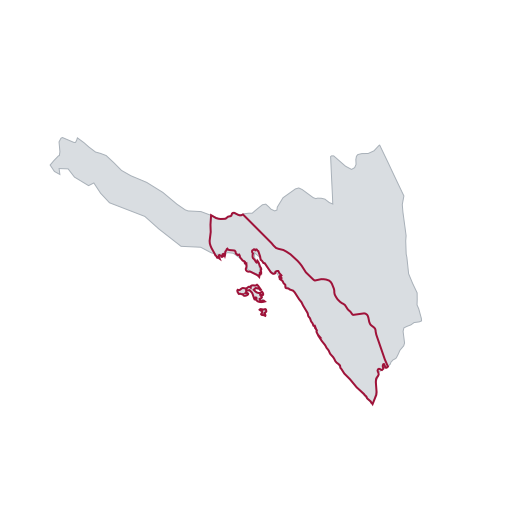 location of Semenawi Keyih Bahri within Eritrea, rotated 159°
{"feature_id": "ERI-1562", "entity_name": "Semenawi Keyih Bahri", "entity_type": "Region", "adm_level": 1, "iso_a3": "ERI", "parent_name": "Eritrea", "parent_adm1": "", "projection": "equal_earth", "projection_center": [39.644, 16.17], "detail": "fine", "context": "in_parent", "style": "outline", "palette": "rose", "viewbox_px": 512, "rotation_deg": 159, "n_neighbors": 0, "source": "natural_earth", "source_scale": "10m", "svg_char_len": 8471}
<svg xmlns="http://www.w3.org/2000/svg" viewBox="0 0 512 512"><g transform="rotate(159 256 256)"><path d="M100.8,315.2L99.3,296.8L98.4,284.5L97.4,271.4L96.4,259.1L101.0,251.6L103.1,244.4L108.6,221.1L110.8,216.5L115.1,204.0L115.7,200.4L119.9,184.7L119.6,174.3L118.8,163.8L121.1,157.6L123.2,152.6L123.0,148.4L124.0,138.6L124.7,136.1L127.2,136.0L132.3,137.2L136.0,136.2L140.4,136.2L143.7,135.9L145.7,132.9L148.5,121.5L150.3,119.2L151.6,118.5L155.4,116.4L158.7,113.1L161.4,110.7L162.4,110.2L165.2,109.9L168.1,108.5L169.4,106.9L172.9,105.6L176.4,106.4L178.8,105.0L180.3,104.1L182.1,104.0L183.7,102.7L184.4,100.6L185.5,99.3L188.2,96.4L189.4,94.2L190.0,92.1L190.6,90.4L191.8,87.5L196.5,80.2L200.6,76.0L214.9,112.7L220.6,134.4L225.7,157.1L229.5,191.3L233.1,208.7L239.0,217.3L243.0,233.5L246.4,234.1L248.9,238.6L253.2,253.9L256.2,259.6L257.9,254.7L257.7,251.9L256.5,247.2L257.6,241.1L260.0,237.5L265.4,242.4L268.4,246.2L269.2,253.7L270.5,257.9L276.2,266.7L281.0,269.2L287.2,269.9L292.5,271.8L296.7,275.1L304.5,284.0L322.5,291.9L337.0,316.0L345.6,332.8L373.7,358.2L378.6,370.3L381.2,382.3L387.1,381.7L397.2,394.7L400.2,404.7L408.5,408.2L409.9,402.4L413.9,407.2L415.6,414.7L410.3,417.6L404.5,420.3L403.6,420.2L401.7,423.6L399.0,433.1L395.9,435.8L394.3,436.0L385.2,427.2L383.8,426.7L381.8,428.5L380.4,430.3L376.1,423.6L373.0,417.7L368.6,410.6L364.4,407.5L359.9,403.5L355.4,394.3L350.9,384.1L344.1,375.8L331.6,363.8L320.1,348.6L311.3,332.8L305.6,324.5L303.2,322.4L291.5,317.2L283.3,310.0L277.0,304.0L273.2,302.4L269.4,302.2L261.5,303.4L254.9,299.7L252.1,299.7L247.6,298.6L244.2,297.3L240.1,298.8L231.7,301.5L228.3,300.9L226.4,297.2L225.3,294.4L222.4,291.4L220.0,291.4L218.6,294.0L209.9,300.7L195.2,304.5L191.7,304.2L189.1,301.5L181.7,290.0L179.6,288.1L178.0,288.0L174.5,286.6L171.3,284.4L168.5,279.7L165.7,277.0L162.6,286.2L157.3,302.3L154.4,311.0L150.7,322.1L149.5,322.4L147.6,321.6L140.3,307.8L135.8,302.6L132.3,303.1L129.8,305.6L128.2,310.3L126.5,313.1L124.6,314.2L120.6,313.7L114.5,311.5L108.2,311.9L101.6,315.1L100.8,315.2ZM273.1,223.0L275.1,226.5L276.5,226.1L277.6,225.0L278.3,222.6L285.8,227.3L285.4,230.5L280.9,230.6L275.7,229.3L271.0,229.8L265.3,228.4L263.9,223.0L267.6,225.6L269.4,225.0L269.8,224.3L267.2,220.7L263.6,220.0L263.8,217.1L265.4,216.0L266.4,214.6L264.4,210.7L268.4,211.6L271.0,214.0L272.7,216.7L273.1,223.0ZM270.0,198.4L271.6,204.5L267.0,202.2L266.2,200.9L268.3,198.5L268.7,197.0L270.0,198.4Z" fill="#d9dde1" stroke="#a8b0b8" stroke-width="1"/><path d="M181.6,106.6L182.8,106.4L183.6,105.4L183.7,104.1L183.6,102.8L183.9,101.5L184.7,100.6L187.0,99.1L188.0,98.1L189.3,95.4L192.2,85.7L193.5,83.2L200.2,76.0L200.3,76.6L200.8,77.3L201.1,79.3L203.1,82.9L203.3,83.6L203.3,84.9L203.5,85.6L204.3,87.1L204.4,87.5L204.7,88.6L209.1,97.3L212.4,107.2L215.7,114.6L216.8,120.0L217.3,121.3L216.8,123.7L217.7,125.7L218.9,127.4L219.6,129.3L219.8,131.8L220.2,133.9L221.7,137.7L221.9,138.9L222.0,141.5L222.3,142.8L223.0,144.7L223.3,147.2L223.5,148.3L225.0,152.9L226.1,157.9L225.4,157.5L226.4,160.3L226.6,161.7L226.7,163.6L225.8,164.8L226.6,167.7L226.4,169.3L226.1,168.9L226.1,169.9L226.6,170.1L227.1,170.1L227.4,170.4L227.3,172.6L227.4,173.2L227.9,174.8L228.0,175.6L227.9,178.1L228.0,178.9L228.2,179.5L228.6,180.5L228.7,181.3L228.6,182.1L228.3,183.7L228.3,184.6L229.8,192.9L230.0,195.7L230.1,196.7L231.2,199.9L232.9,208.2L233.8,210.4L236.6,212.7L237.1,213.7L237.5,214.1L239.2,215.1L239.7,215.6L239.7,216.5L239.5,217.2L239.2,217.8L239.0,218.5L239.2,219.2L239.8,220.2L240.0,220.7L240.1,222.4L240.3,223.4L241.6,225.3L240.8,225.4L240.2,226.0L240.0,226.9L240.3,227.9L240.5,227.4L241.0,226.7L241.5,226.5L241.9,227.0L241.8,228.2L240.9,228.8L239.9,229.0L239.3,229.0L239.5,229.6L240.3,231.4L240.5,233.5L240.6,234.0L241.3,234.3L242.4,234.5L243.5,234.3L243.9,233.8L244.3,233.0L245.1,232.9L246.1,233.1L246.8,233.6L248.0,235.6L250.4,246.1L250.6,246.3L251.5,246.7L251.7,247.0L251.8,248.1L252.1,249.1L252.5,250.1L253.0,250.7L252.3,254.2L252.1,259.7L252.2,259.9L252.6,260.3L252.8,260.6L252.9,261.6L253.4,262.1L254.0,262.1L254.7,261.7L255.1,262.8L255.7,263.0L256.4,262.7L257.5,262.5L257.8,262.2L258.1,261.5L258.2,260.7L258.1,260.1L257.9,259.5L258.1,259.1L258.6,258.6L259.5,256.5L259.6,255.2L258.7,253.1L258.2,250.5L257.8,249.6L257.1,249.6L256.8,250.6L256.4,251.1L256.0,249.8L255.9,248.5L256.0,245.2L256.0,244.5L255.7,243.3L255.7,242.6L255.8,241.8L256.0,241.6L256.4,241.4L256.6,241.0L257.0,238.9L257.3,238.2L257.9,238.9L258.3,238.9L258.3,238.3L258.6,237.1L258.9,237.1L258.9,237.9L259.4,237.4L260.1,236.0L260.5,235.3L261.2,237.0L262.2,238.3L266.7,243.2L267.4,243.7L268.5,244.0L268.9,244.2L269.3,244.5L269.9,245.1L270.2,245.8L270.4,246.4L270.3,247.2L270.0,247.9L269.1,248.8L268.7,249.4L268.4,250.0L267.7,252.4L268.2,252.3L268.6,252.5L268.9,252.9L269.0,253.5L268.9,253.7L268.4,254.0L268.4,254.5L268.7,254.7L268.9,255.4L270.1,256.5L270.3,257.0L270.5,257.9L271.1,259.5L271.3,260.3L271.3,261.1L271.1,261.9L271.1,262.7L271.3,263.4L271.9,263.2L272.5,263.3L273.1,263.8L273.3,264.5L273.4,265.0L273.8,265.2L273.9,265.6L273.9,266.2L273.6,267.1L273.6,267.6L274.0,268.7L275.2,269.4L278.7,271.1L279.4,271.6L279.8,271.9L280.1,273.1L280.8,272.9L281.9,271.7L283.0,271.2L283.7,269.9L284.3,268.4L285.0,267.4L285.0,268.4L285.1,269.3L285.6,269.7L286.3,269.6L286.6,269.0L286.5,268.3L286.6,267.6L287.4,267.4L288.1,267.3L288.6,267.8L288.4,268.4L288.5,268.9L289.4,269.3L289.8,270.0L290.2,270.0L290.5,269.8L290.8,269.5L291.2,268.7L291.0,268.2L290.9,267.7L290.9,266.5L291.1,266.8L291.4,267.5L291.5,267.8L292.8,268.2L293.0,268.8L292.9,269.9L293.2,270.4L293.5,270.7L293.7,271.1L293.8,273.1L294.7,279.3L294.8,281.9L294.6,284.3L293.9,286.7L289.7,294.6L287.3,301.5L283.3,310.2L279.7,305.7L277.8,304.3L275.7,303.2L271.5,301.8L270.6,301.8L268.3,302.7L267.6,302.7L265.5,302.3L264.6,302.5L263.2,304.2L262.2,304.5L261.3,304.3L260.6,303.9L258.1,301.0L256.8,299.9L255.4,299.3L253.9,299.4L253.3,299.5L236.9,262.5L235.9,259.5L234.4,256.3L232.4,254.6L228.3,251.8L226.0,249.1L223.2,245.2L218.9,236.5L217.8,233.6L216.9,230.7L215.3,222.9L211.1,213.8L210.4,212.6L209.8,212.0L203.4,211.0L201.2,210.1L199.0,208.9L196.6,206.9L195.6,205.1L195.1,203.0L195.0,197.8L195.2,196.2L195.5,195.1L195.9,194.1L196.1,193.2L196.3,191.9L196.2,190.5L195.9,188.6L195.4,186.4L194.0,183.2L192.8,181.3L191.7,180.1L190.6,178.5L190.2,176.9L189.5,173.5L188.9,172.1L187.9,170.3L187.5,169.0L187.2,167.7L186.9,166.8L186.4,166.2L175.6,163.7L174.4,162.9L173.4,161.4L173.1,160.0L173.2,158.1L173.9,154.0L173.9,151.9L173.6,150.6L173.0,149.5L172.3,148.4L171.3,146.7L170.9,145.4L171.0,143.9L171.4,142.5L171.9,139.4L172.8,113.3L172.5,106.2L172.4,105.5L173.6,105.0L174.7,105.0L175.1,105.6L175.1,106.7L175.1,108.0L175.3,109.3L176.0,109.3L176.8,108.4L177.3,107.2L177.3,106.6L177.2,105.7L177.4,105.2L177.7,105.1L179.3,104.4L180.1,105.0L180.8,106.0L181.6,106.6ZM284.8,226.6L285.5,226.6L285.7,226.8L286.1,229.3L285.8,230.5L285.2,231.0L284.2,230.3L283.4,230.1L281.1,230.8L280.1,230.9L279.1,230.5L277.4,229.4L276.3,229.2L274.0,229.9L273.2,229.7L272.6,228.7L272.3,228.3L271.8,229.4L271.3,229.9L270.5,230.0L269.3,229.7L267.4,228.7L266.5,228.5L265.4,228.8L264.7,227.5L263.5,222.7L264.0,222.7L264.3,222.8L264.4,223.1L264.1,223.5L264.5,223.8L264.8,224.2L265.0,224.7L265.1,225.3L265.4,225.3L265.9,225.1L266.5,225.4L267.2,225.9L267.7,226.2L268.3,226.1L270.3,225.3L269.4,223.3L268.3,221.6L266.8,220.5L265.2,220.1L263.7,220.5L263.1,220.3L262.8,219.1L262.9,217.9L263.3,217.2L263.9,217.1L265.3,218.3L266.0,218.3L266.1,217.8L265.6,216.7L265.3,215.4L266.2,214.8L267.4,214.7L268.0,214.7L268.2,214.0L267.9,212.9L267.3,212.1L266.9,211.7L265.2,211.8L264.7,211.5L264.1,210.4L265.8,210.6L267.7,211.1L269.4,212.0L270.8,213.2L271.4,214.6L271.2,215.5L270.7,216.2L270.6,216.9L271.0,217.4L271.4,217.4L272.3,216.9L271.9,216.3L271.9,215.8L272.4,215.7L272.9,216.0L273.0,216.9L272.8,222.1L272.9,223.1L273.2,224.0L274.0,225.8L274.2,226.4L274.7,226.4L277.5,227.5L278.2,225.7L278.5,225.3L278.9,225.2L277.3,224.5L276.8,223.7L277.2,223.0L278.1,222.7L279.1,222.6L280.1,222.7L280.6,222.8L281.1,223.0L281.4,223.2L281.7,223.5L281.9,224.0L282.0,224.6L282.1,225.1L282.5,225.3L283.2,225.5L284.2,226.4L284.8,226.6ZM270.9,200.6L270.2,201.5L270.1,202.4L270.4,202.8L270.8,203.1L271.1,203.5L271.6,204.0L271.9,204.5L271.0,204.9L269.6,204.2L268.5,203.4L266.4,203.1L265.9,202.5L266.0,201.5L266.3,200.5L267.2,200.1L268.2,199.9L268.7,199.6L268.5,199.1L268.4,198.4L268.4,197.8L268.5,197.1L268.8,196.8L270.0,198.0L270.4,198.3L270.8,198.4L271.7,198.9L272.1,199.7L271.7,200.3L270.9,200.6Z" fill="none" stroke="#9f1239" stroke-width="2"/></g></svg>